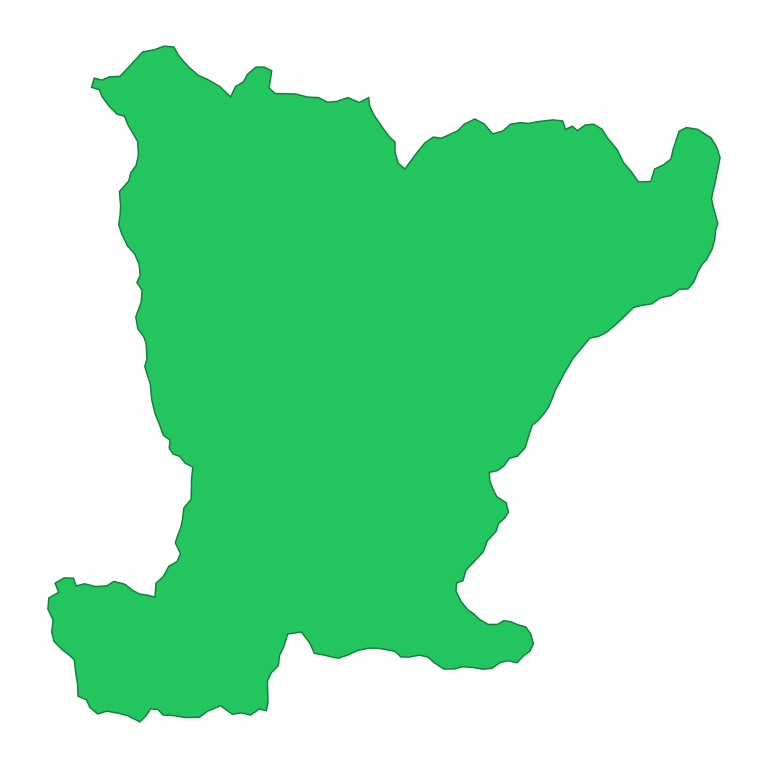 the district of Atibaia, São Paulo, Brazil
{"feature_id": "56859067B27497144633618", "entity_name": "Atibaia", "entity_type": "district", "adm_level": 2, "iso_a3": "BRA", "parent_name": "Brazil", "parent_adm1": "São Paulo", "projection": "orthographic", "projection_center": [-46.586, -23.13], "detail": "fine", "context": "isolated", "style": "filled", "palette": "green", "viewbox_px": 768, "rotation_deg": 0, "n_neighbors": 0, "source": "geoboundaries", "source_scale": "gbopen_adm2", "svg_char_len": 3602}
<svg xmlns="http://www.w3.org/2000/svg" viewBox="0 0 768 768"><path d="M716.5,146.6L710.9,137.8L704.2,133.5L697.6,129.3L686.5,127.6L679.1,131.2L675.8,141.2L673.0,149.7L670.9,159.1L663.8,164.6L654.6,169.1L650.8,181.5L638.5,181.9L631.3,171.7L623.4,162.5L617.2,149.6L607.5,138.0L601.9,129.1L593.6,124.2L585.0,125.1L577.5,130.6L572.1,126.2L565.4,129.5L562.8,121.0L553.2,119.9L538.7,121.5L529.0,123.4L520.2,122.7L510.6,124.2L502.8,131.0L492.7,133.9L484.3,124.1L474.9,119.0L464.3,124.1L457.9,130.7L448.4,135.1L441.3,138.2L433.2,137.1L425.0,142.8L416.8,152.8L410.9,160.8L404.9,169.0L398.3,163.3L395.0,152.3L395.0,142.0L389.5,137.1L382.0,126.9L373.9,115.0L369.7,106.1L368.7,97.6L359.3,102.5L347.9,97.6L336.8,101.4L327.6,102.2L318.6,97.6L307.7,97.1L295.7,94.0L275.1,93.5L269.0,87.9L270.6,78.3L271.7,70.7L263.9,67.1L256.0,67.1L247.5,74.3L243.6,81.6L235.4,86.8L230.6,96.9L220.1,86.8L208.4,79.9L198.0,75.2L189.3,67.5L183.5,61.4L178.3,55.0L173.9,47.0L164.2,46.1L154.2,49.8L142.7,51.9L135.6,59.6L128.0,67.9L119.8,76.4L109.4,76.8L102.0,80.1L94.2,78.1L91.6,87.4L99.4,89.7L102.0,96.6L109.8,107.0L117.2,114.2L124.5,116.2L127.9,124.7L133.1,133.6L137.7,141.6L138.4,155.2L136.1,165.4L130.6,173.0L128.8,181.0L119.4,191.5L120.6,205.9L120.1,215.1L118.7,224.6L121.7,233.8L127.7,246.2L134.7,253.9L139.1,264.4L140.2,275.5L136.9,282.4L142.1,290.4L141.1,302.6L135.8,316.7L137.8,328.7L143.7,336.6L146.2,343.7L146.9,358.9L144.8,366.4L147.1,374.3L150.2,383.5L151.8,400.0L154.9,413.2L160.1,426.2L163.3,435.3L170.0,440.1L169.2,448.1L173.2,454.2L179.7,456.3L185.2,463.2L192.8,467.1L191.5,479.2L191.4,489.7L191.1,499.2L183.8,508.2L182.6,518.7L181.0,527.1L178.2,533.9L175.3,542.8L180.5,553.6L177.0,561.6L168.9,566.2L163.0,577.0L156.0,583.1L155.0,597.1L147.1,595.1L139.4,594.0L132.4,590.2L124.9,584.3L113.9,581.4L106.8,585.8L95.7,586.6L84.6,583.8L76.1,585.9L73.5,578.2L64.2,577.9L55.1,583.2L58.7,592.3L48.8,598.0L47.9,608.9L53.1,620.2L51.7,632.3L54.0,641.4L61.6,649.1L69.1,655.0L74.3,659.9L75.8,673.2L77.7,685.0L78.0,696.2L86.5,699.8L89.8,707.4L97.7,714.0L106.9,711.1L119.5,713.5L128.0,715.8L139.8,721.9L146.1,715.8L150.4,708.9L157.9,709.4L163.1,715.0L172.8,715.5L185.3,717.5L199.3,717.3L207.8,711.1L220.5,705.7L232.3,714.2L241.2,712.9L250.7,715.0L259.2,709.0L266.3,710.6L268.0,702.4L267.7,692.4L267.4,680.8L271.4,672.6L278.4,665.6L279.5,655.4L283.7,646.9L287.7,634.0L301.3,632.0L309.5,642.5L314.4,653.3L324.3,655.1L331.4,656.9L338.4,658.2L347.5,655.1L357.6,650.5L368.7,648.2L377.9,648.2L387.6,649.9L395.2,651.5L400.8,656.9L408.9,657.1L419.3,655.1L427.9,657.1L434.8,663.1L443.8,669.0L454.4,669.0L462.9,666.7L472.9,667.5L483.0,669.2L491.9,668.3L500.2,662.6L507.7,660.7L517.0,662.8L524.0,655.4L529.8,651.3L533.5,643.8L530.7,634.1L525.8,626.9L518.0,624.8L510.6,621.7L503.6,620.7L497.7,624.4L488.2,624.5L479.2,619.2L473.8,614.0L467.4,609.4L461.1,601.6L456.0,591.1L456.6,583.1L463.0,580.6L466.0,570.1L474.9,560.8L483.4,551.6L487.3,540.8L496.0,531.5L498.6,523.4L504.5,518.2L508.5,512.1L506.2,502.8L496.7,496.6L492.7,488.4L489.9,480.9L489.2,472.4L497.2,470.7L504.1,465.8L509.3,458.3L517.3,456.3L525.1,447.8L528.9,435.4L532.2,425.2L537.8,420.8L543.8,413.9L548.8,406.7L552.6,397.5L555.6,389.5L559.6,382.3L564.8,372.2L569.7,364.1L573.3,358.0L582.2,347.3L589.9,338.1L598.6,336.4L606.4,332.3L615.2,325.1L623.7,317.1L633.4,307.5L641.2,305.5L651.8,303.8L660.4,297.8L671.2,295.5L679.0,289.4L688.1,288.9L694.0,281.7L697.7,272.2L701.9,264.8L706.7,259.3L712.2,248.8L714.9,238.6L715.5,230.6L717.8,223.4L713.4,207.3L711.5,198.9L713.1,190.8L715.0,183.3L716.7,174.6L718.6,165.1L720.1,157.7L716.5,146.6Z" fill="#22c55e" stroke="#15803d" stroke-width="1.5"/></svg>